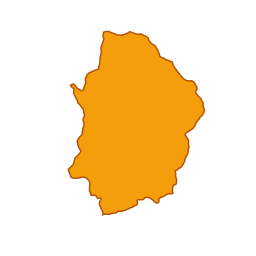 Lumang, Tashigang, Bhutan (Albers equal-area conic projection), rotated 34°
{"feature_id": "84629894B76978626004749", "entity_name": "Lumang", "entity_type": "district", "adm_level": 2, "iso_a3": "BTN", "parent_name": "Bhutan", "parent_adm1": "Tashigang", "projection": "albers", "projection_center": [91.532, 27.126], "detail": "fine", "context": "isolated", "style": "filled", "palette": "amber", "viewbox_px": 256, "rotation_deg": 34, "n_neighbors": 0, "source": "geoboundaries", "source_scale": "gbopen_adm2", "svg_char_len": 5835}
<svg xmlns="http://www.w3.org/2000/svg" viewBox="0 0 256 256"><g transform="rotate(34 128 128)"><path d="M54.2,62.2L55.9,65.7L56.3,66.3L57.3,67.0L58.0,67.5L58.3,68.0L58.6,68.6L59.3,72.0L60.1,73.9L60.5,76.2L60.9,77.1L62.4,78.5L62.9,79.2L63.9,81.2L64.7,82.8L64.9,83.5L65.8,85.8L66.5,87.0L67.0,87.9L67.8,89.0L68.5,90.4L69.0,91.6L69.2,92.7L69.6,93.8L70.6,95.7L69.5,97.0L68.6,98.2L68.3,98.8L67.9,99.4L67.5,99.9L66.9,100.9L66.5,101.4L66.2,102.1L65.4,103.3L65.1,103.8L64.6,105.1L64.4,106.3L64.4,106.8L64.5,107.2L64.6,108.6L64.8,109.4L64.9,109.9L65.4,111.5L65.8,112.1L66.3,112.6L67.1,113.1L67.5,113.5L67.9,114.1L68.0,114.6L68.1,115.8L68.3,116.7L68.4,117.4L68.7,118.8L69.0,119.8L69.5,120.4L69.9,121.0L68.6,122.9L67.9,123.5L66.3,123.2L64.6,123.5L63.4,123.4L61.7,122.7L59.4,122.1L58.0,122.0L57.3,123.0L56.5,124.8L58.6,125.6L60.9,125.7L61.9,126.3L62.5,127.9L63.4,129.4L64.6,130.3L65.6,130.8L67.1,131.7L68.8,132.6L70.2,133.1L71.5,134.5L72.7,135.3L74.8,135.6L76.3,136.0L78.0,136.7L79.2,136.9L80.6,137.7L81.8,139.0L83.5,140.7L85.0,141.7L85.2,143.2L85.8,145.9L86.8,147.0L88.9,148.8L90.2,150.8L90.7,152.3L90.8,153.9L92.0,155.8L93.0,158.0L93.4,158.8L93.4,161.6L93.1,162.0L93.0,162.4L92.9,162.9L92.9,163.4L92.8,164.1L93.0,164.7L93.0,165.1L93.1,165.7L93.0,166.2L93.1,166.8L93.3,167.5L93.8,168.0L94.5,168.5L95.1,169.1L96.9,170.8L97.7,171.2L98.2,171.6L98.8,172.0L99.6,172.4L100.3,172.9L100.7,172.9L101.5,173.1L102.0,174.1L102.1,175.1L101.9,177.6L101.6,178.6L101.4,180.1L101.0,181.7L101.0,182.7L101.5,184.5L102.6,186.7L102.8,188.0L102.8,189.4L102.7,190.7L102.4,192.1L102.0,194.2L101.8,195.5L101.9,196.0L102.8,196.6L103.8,197.5L105.0,198.1L105.6,198.4L106.0,198.9L106.9,199.7L107.3,200.1L108.3,200.7L109.1,200.5L109.6,200.3L110.1,200.3L110.8,200.0L111.7,199.4L113.2,198.5L114.3,197.6L116.5,195.4L117.6,194.3L118.7,193.4L120.1,193.0L121.5,192.8L122.7,193.0L124.3,193.4L126.2,194.1L127.6,195.3L128.3,196.8L129.3,198.6L130.5,200.5L131.3,201.7L131.9,202.3L133.0,202.6L133.7,203.1L134.6,204.1L135.3,204.3L135.7,204.1L136.2,203.8L136.5,203.5L137.4,202.8L138.5,202.2L139.2,202.1L139.9,202.3L140.5,202.6L141.7,203.2L142.3,203.3L142.9,202.7L143.5,202.0L144.1,201.5L144.8,201.4L145.1,201.7L145.5,202.5L145.6,203.4L145.9,205.3L146.1,206.0L146.4,206.5L147.0,207.2L147.7,207.8L150.3,209.5L151.3,210.2L152.6,210.8L153.8,211.6L154.7,212.4L155.2,212.9L155.6,214.1L156.6,212.7L158.1,211.5L159.1,211.1L160.4,210.3L161.4,209.5L161.7,208.9L162.1,208.1L162.5,207.6L163.2,207.0L163.8,206.3L164.3,205.9L165.1,205.6L165.4,205.2L165.6,204.8L165.9,204.1L166.1,203.3L166.5,202.4L168.1,201.2L169.0,200.8L169.5,200.5L170.3,199.4L171.0,198.5L171.6,197.9L172.3,196.9L172.6,196.2L172.8,195.8L173.1,195.3L173.5,194.8L173.9,194.5L174.2,194.0L174.3,193.4L174.5,193.0L175.2,192.1L176.0,191.2L176.2,190.5L176.5,189.5L176.9,188.7L177.3,188.2L178.0,187.3L178.3,186.4L178.3,185.9L177.8,185.0L176.7,183.8L176.1,182.9L176.1,182.4L176.3,182.0L177.2,181.3L178.3,180.6L178.8,180.2L180.1,179.4L180.5,178.8L180.7,178.2L181.0,176.7L181.3,176.0L182.1,175.1L183.0,174.5L184.0,174.0L185.4,173.8L186.4,173.8L189.1,173.9L190.6,174.2L191.9,174.5L192.8,174.4L193.6,174.1L194.3,173.7L194.8,173.3L194.9,172.8L194.9,172.0L194.7,171.5L194.4,171.0L193.8,170.4L193.4,169.8L193.4,168.7L193.7,168.0L194.2,167.1L195.8,164.8L196.2,164.1L196.8,162.3L197.2,161.7L197.8,160.8L198.2,160.1L198.7,159.5L199.3,159.1L200.0,158.8L200.4,158.6L201.4,157.5L201.8,156.9L200.8,156.3L200.3,155.9L199.9,155.0L199.0,153.4L198.4,152.7L198.1,151.8L197.8,150.5L197.7,149.9L198.2,149.0L198.9,148.5L199.2,147.7L199.0,147.1L198.0,144.9L197.2,143.7L196.8,143.4L195.4,142.2L194.6,141.6L194.2,141.3L193.6,139.8L192.9,139.0L192.5,138.5L191.7,138.0L191.3,137.6L191.4,136.7L191.8,136.1L192.4,134.8L192.5,134.1L192.7,133.1L192.8,132.7L193.1,132.2L193.8,131.4L194.0,130.4L194.0,128.8L194.0,127.9L194.0,126.8L193.7,125.6L193.7,125.0L193.7,124.1L193.3,123.5L193.1,123.0L192.6,122.4L192.3,121.4L192.3,119.9L192.0,119.1L192.0,118.6L192.1,117.9L192.0,116.4L191.1,114.2L190.3,112.3L189.5,111.2L189.6,110.2L188.3,108.8L187.5,108.0L186.8,107.1L186.3,105.9L185.7,105.2L184.6,104.3L183.1,103.3L182.0,103.1L180.9,102.5L180.2,102.1L179.4,101.9L178.9,101.3L178.8,100.8L179.1,100.0L179.1,99.3L179.3,98.4L179.7,97.6L180.0,97.2L180.4,96.6L180.6,95.7L181.1,94.8L181.4,93.9L181.6,93.4L181.7,92.9L182.0,92.0L182.2,89.4L182.2,88.0L182.1,87.5L181.5,86.0L181.4,85.5L181.6,82.9L181.9,81.4L181.9,80.2L181.8,79.7L182.0,77.4L182.3,76.5L182.4,75.6L182.4,74.1L182.3,73.0L182.2,72.4L181.9,71.8L182.0,71.3L181.5,70.8L180.7,69.8L178.4,68.2L177.7,67.2L177.1,66.3L176.2,65.2L173.2,63.7L171.5,62.6L169.7,62.6L168.6,62.3L167.0,61.7L165.3,61.3L164.3,60.8L163.6,59.3L163.5,58.1L163.3,56.9L162.4,55.9L161.3,55.1L160.1,54.6L159.2,54.3L158.5,53.6L157.3,53.3L156.5,53.0L156.0,53.0L154.5,53.2L153.2,54.1L152.7,54.6L151.7,55.2L150.6,55.7L149.9,55.9L149.0,56.0L147.0,56.1L145.1,55.9L144.5,55.7L143.8,55.4L142.5,55.1L140.8,54.5L139.7,54.1L138.7,53.9L137.9,53.9L135.2,52.6L134.5,52.4L133.3,52.1L132.6,51.9L132.3,51.6L131.8,51.3L131.4,51.2L130.3,50.6L129.8,50.3L128.9,49.5L127.9,48.6L127.3,48.5L126.3,48.8L124.5,49.3L123.6,49.4L122.7,49.7L121.6,50.1L120.7,50.2L119.8,50.1L118.5,50.2L118.1,50.4L117.1,50.7L115.0,50.8L114.2,50.6L113.2,49.9L112.6,49.2L112.1,48.8L111.6,48.5L110.9,48.2L110.6,47.9L110.1,47.3L109.3,46.9L108.8,46.9L108.4,46.7L107.5,46.0L106.7,45.8L105.8,45.3L105.4,45.0L104.8,44.8L104.1,44.7L103.5,44.7L102.8,44.7L102.2,44.9L101.6,44.8L100.5,44.9L99.7,44.7L98.8,44.5L96.0,43.6L95.5,43.1L94.9,42.5L94.4,42.1L93.5,41.9L90.7,42.1L88.2,42.7L87.5,42.7L87.0,42.7L86.1,42.7L85.4,43.5L84.0,44.7L83.2,45.2L82.2,45.4L80.6,46.0L78.5,46.4L76.0,47.0L75.0,48.4L74.5,49.9L72.8,52.3L72.0,53.2L70.5,54.8L69.4,55.4L68.5,56.0L67.0,56.8L66.3,57.0L63.4,57.5L62.4,57.9L61.5,58.2L60.0,58.4L58.6,58.6L57.8,59.0L56.8,59.5L56.2,60.0L54.7,61.6L54.2,62.2Z" fill="#f59e0b" stroke="#b45309" stroke-width="1.5"/></g></svg>